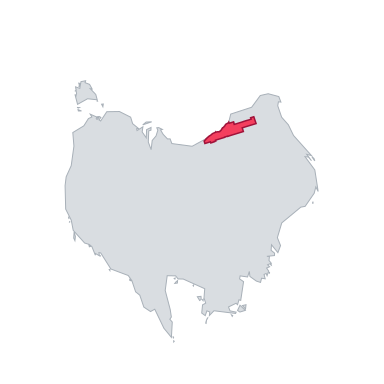 Dundas, Western Australia, Australia shown in context, rotated 163°
{"feature_id": "25037944B97036074912579", "entity_name": "Dundas", "entity_type": "district", "adm_level": 2, "iso_a3": "AUS", "parent_name": "Australia", "parent_adm1": "Western Australia", "projection": "equal_earth", "projection_center": [126.268, -32.126], "detail": "fine", "context": "in_parent", "style": "filled", "palette": "rose", "viewbox_px": 384, "rotation_deg": 163, "n_neighbors": 0, "source": "geoboundaries", "source_scale": "gbopen_adm2", "svg_char_len": 6029}
<svg xmlns="http://www.w3.org/2000/svg" viewBox="0 0 384 384"><g transform="rotate(163 192 192)"><path d="M258.7,69.9L261.9,90.8L266.6,89.8L271.7,96.0L272.1,108.6L275.1,113.0L275.4,124.8L277.4,130.8L292.1,142.1L297.1,160.4L298.7,161.3L299.2,158.1L302.3,161.4L302.9,159.8L303.7,169.0L305.5,171.8L309.6,174.6L316.8,190.1L315.7,200.3L317.8,212.6L311.5,235.2L307.9,243.3L299.8,252.5L291.5,270.4L288.6,283.7L276.1,286.9L269.6,292.5L265.8,293.0L266.6,296.2L261.1,291.5L262.1,290.4L261.8,289.3L260.7,289.2L258.6,291.3L257.3,290.0L259.8,288.1L258.6,286.6L250.0,293.7L237.9,290.2L228.8,281.5L228.8,274.7L224.6,268.4L226.5,268.7L226.6,266.8L219.9,268.7L222.1,264.0L219.9,257.2L217.2,264.9L212.3,265.7L213.2,263.1L215.5,263.1L219.2,252.5L218.7,244.4L215.0,252.9L210.0,256.1L206.6,261.1L206.9,263.7L205.0,263.3L202.0,260.5L203.9,260.5L202.7,255.5L199.9,249.9L197.4,249.2L197.1,244.2L178.5,235.7L146.7,242.2L136.5,247.9L132.2,255.2L110.2,255.6L98.5,264.3L90.4,263.7L81.1,257.9L80.7,252.0L83.0,253.0L84.8,249.4L84.4,237.3L80.2,228.1L78.4,216.4L67.1,191.9L71.3,194.5L68.6,187.0L70.5,191.4L73.6,192.8L68.1,177.2L71.2,155.6L72.1,160.7L75.5,155.1L88.0,145.2L92.4,145.7L115.2,136.2L123.7,123.4L123.0,114.9L127.6,108.9L131.4,118.3L133.4,113.1L130.9,109.4L131.7,107.1L139.2,108.6L136.8,107.7L138.4,104.0L137.0,100.7L141.0,100.3L139.6,97.8L142.9,97.5L141.8,94.0L144.7,90.0L144.9,92.4L147.2,92.1L147.4,87.6L150.7,89.2L152.9,85.5L156.5,88.0L161.3,94.3L160.4,99.3L163.7,94.5L170.5,97.7L171.9,95.0L168.9,91.2L177.1,74.1L178.6,75.2L181.4,70.9L182.4,72.7L190.7,71.4L190.4,67.2L184.9,64.2L185.8,63.1L205.7,72.0L211.5,68.8L210.1,72.1L212.5,74.0L215.5,69.9L218.1,73.4L214.9,81.0L211.4,81.7L211.5,87.2L208.1,95.8L225.8,111.3L230.7,112.9L232.2,116.6L240.2,119.2L246.4,105.7L247.2,86.0L248.3,78.5L250.4,76.8L248.9,73.4L254.2,59.0L258.7,69.9ZM255.7,307.9L264.6,311.7L275.8,309.3L275.4,319.6L274.9,317.7L273.6,319.9L272.6,326.6L269.0,323.9L265.9,330.0L261.2,329.5L262.3,327.8L258.5,324.9L257.4,319.7L259.1,320.6L255.5,313.4L255.7,307.9ZM175.6,63.2L181.3,63.2L183.1,65.4L179.2,69.7L175.6,63.2ZM210.0,270.9L219.5,270.6L215.4,272.3L210.0,270.9ZM216.4,86.0L217.5,90.3L213.9,89.6L214.6,86.6L216.4,86.0ZM316.4,188.3L316.5,183.6L318.2,179.7L318.6,182.5L316.4,188.3ZM274.0,301.8L277.0,302.7L276.9,304.1L274.0,301.8ZM175.0,64.5L177.0,68.7L173.3,68.4L175.0,64.5ZM252.8,302.4L251.1,302.1L252.3,299.6L252.8,302.4ZM235.2,109.6L233.5,110.8L231.7,111.5L232.6,109.2L235.2,109.6ZM67.1,190.8L65.6,188.5L65.4,186.4L65.7,186.3L67.1,190.8ZM276.1,305.5L277.2,306.5L275.0,305.7L276.1,305.5ZM304.9,169.6L306.2,169.6L306.1,171.7L304.9,169.6ZM275.9,124.6L277.4,125.8L277.1,126.6L275.9,124.6ZM268.5,327.5L268.5,329.2L267.4,328.6L268.5,327.5ZM317.5,202.1L317.4,204.6L317.5,202.1ZM190.2,63.0L189.2,61.9L189.9,61.3L190.2,63.0ZM216.9,63.3L215.5,65.4L217.2,61.7L216.9,63.3ZM318.0,199.0L317.3,199.9L317.8,198.9L318.0,199.0ZM218.4,102.2L217.6,102.6L218.1,101.6L218.4,102.2ZM213.6,85.9L212.6,86.2L213.2,84.8L213.6,85.9ZM79.9,145.3L79.6,147.0L79.2,146.9L79.9,145.3ZM252.5,58.0L252.5,59.5L252.1,58.4L252.5,58.0ZM260.7,289.9L260.8,290.7L260.5,290.4L260.7,289.9ZM215.1,66.0L213.2,67.5L215.2,65.6L215.1,66.0ZM141.9,91.9L141.2,92.9L141.6,91.7L141.9,91.9ZM269.3,326.3L268.7,326.6L269.0,326.0L269.3,326.3ZM234.3,114.6L233.2,114.6L233.8,113.7L234.3,114.6ZM138.1,99.5L137.5,100.1L137.5,98.8L138.1,99.5ZM274.1,322.8L273.2,323.3L273.6,322.4L274.1,322.8ZM253.3,54.0L253.1,55.0L252.6,54.5L253.3,54.0ZM260.1,290.9L260.9,291.7L259.5,291.5L260.1,290.9ZM293.9,142.0L293.2,142.0L293.5,140.9L293.9,142.0ZM298.6,157.9L298.3,157.9L298.6,157.1L298.6,157.9ZM256.2,306.7L255.9,307.3L255.8,306.5L256.2,306.7Z" fill="#d9dde1" stroke="#a8b0b8" stroke-width="1"/><path d="M165.5,234.6L159.7,234.6L159.7,233.4L157.9,233.4L157.9,233.5L155.9,233.5L155.9,233.8L154.3,233.8L154.3,234.7L152.2,234.7L148.6,234.7L144.8,234.7L144.8,235.0L141.6,235.0L141.6,234.7L138.1,234.8L135.0,234.8L128.9,234.8L125.2,234.8L125.2,238.7L118.1,238.7L113.8,238.7L110.7,238.7L110.9,245.9L114.2,245.9L114.1,244.4L115.4,244.4L116.8,244.3L118.7,244.4L121.4,244.4L122.3,244.4L122.9,244.3L131.9,244.3L131.9,245.4L131.7,245.4L131.7,246.9L136.3,246.9L136.4,248.1L136.5,248.0L136.7,247.8L136.9,247.7L137.2,247.5L137.3,247.5L137.4,247.4L137.7,247.3L137.8,247.3L138.1,247.3L138.3,247.2L138.5,247.2L138.8,247.2L139.1,247.1L139.4,247.1L139.5,247.0L139.8,246.9L140.0,246.8L140.1,246.7L140.3,246.6L140.5,246.5L140.5,246.4L140.7,246.2L140.8,246.1L141.0,245.9L141.2,245.7L141.3,245.6L141.5,245.6L141.8,245.5L141.9,245.4L142.0,245.3L142.1,245.2L142.3,245.1L142.5,245.0L142.5,244.9L142.8,244.8L142.9,244.7L143.0,244.7L143.3,244.6L143.5,244.5L143.8,244.5L143.8,244.4L144.0,244.4L144.2,244.2L144.3,244.2L144.5,244.1L144.6,243.9L144.8,243.8L144.8,243.7L145.0,243.6L145.2,243.4L145.3,243.3L145.4,243.2L145.5,243.1L145.7,242.9L145.8,242.9L145.9,242.7L146.0,242.7L146.3,242.5L146.4,242.4L146.6,242.3L146.7,242.2L146.8,242.2L147.0,242.1L147.3,242.0L147.4,241.9L147.5,242.0L147.9,241.9L148.0,241.8L148.0,241.7L148.4,241.6L148.5,241.6L148.8,241.7L148.8,241.8L149.1,241.8L149.3,241.9L149.5,242.0L149.8,242.1L150.0,242.1L150.5,242.2L150.8,242.2L151.1,242.2L151.3,242.2L151.4,242.3L151.4,242.2L151.5,242.2L151.8,242.2L152.0,242.1L152.3,242.2L152.5,242.2L152.9,242.2L153.0,242.2L153.3,242.1L153.5,242.1L153.8,242.0L154.0,242.0L154.3,242.0L154.5,242.0L154.7,241.9L154.8,241.9L155.0,241.9L155.3,241.8L155.4,241.7L155.5,241.7L155.8,241.6L156.0,241.6L156.3,241.5L156.5,241.4L156.7,241.2L156.8,241.2L157.0,241.1L157.5,240.9L157.8,240.8L158.0,240.7L158.3,240.7L158.5,240.6L158.8,240.6L159.0,240.5L159.2,240.4L159.3,240.4L159.5,240.4L159.7,240.2L159.8,240.2L160.0,240.1L160.3,240.0L160.4,239.9L160.5,239.9L160.8,239.8L160.9,239.7L161.0,239.7L161.3,239.6L161.5,239.4L161.8,239.3L161.9,239.2L162.0,239.2L162.3,239.1L162.5,238.9L162.8,238.8L162.8,238.7L163.0,238.7L163.3,238.5L163.4,238.4L163.5,238.3L163.6,238.2L163.8,238.1L164.1,237.9L164.3,237.8L164.4,237.7L164.5,237.7L164.8,237.5L164.9,237.4L165.0,237.4L165.5,237.2L165.5,234.6Z" fill="#f43f5e" stroke="#9f1239" stroke-width="1.5"/></g></svg>